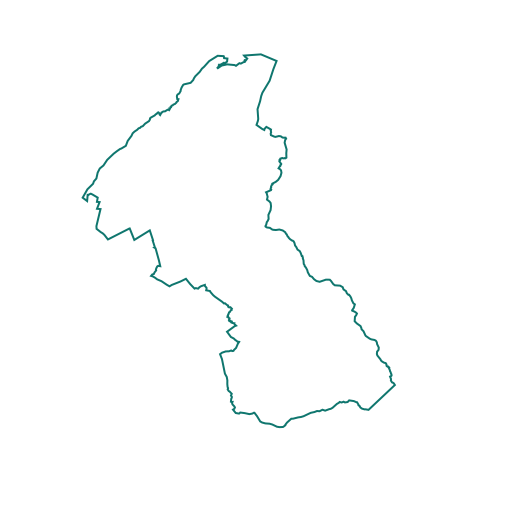 Petricani, Neamt, Romania (Natural Earth projection), rotated 328°
{"feature_id": "2599482B98903803240135", "entity_name": "Petricani", "entity_type": "district", "adm_level": 2, "iso_a3": "ROU", "parent_name": "Romania", "parent_adm1": "Neamt", "projection": "natural_earth1", "projection_center": [26.456, 47.138], "detail": "fine", "context": "isolated", "style": "outline", "palette": "teal", "viewbox_px": 512, "rotation_deg": 328, "n_neighbors": 0, "source": "geoboundaries", "source_scale": "gbopen_adm2", "svg_char_len": 6064}
<svg xmlns="http://www.w3.org/2000/svg" viewBox="0 0 512 512"><g transform="rotate(328 256 256)"><path d="M376.8,101.5L367.0,87.6L352.1,79.7L352.3,81.3L353.2,83.9L351.3,84.7L350.3,83.9L350.0,84.0L350.1,85.1L349.3,85.5L348.2,85.0L345.1,84.8L344.1,83.7L339.8,84.1L339.1,82.8L333.1,78.2L327.8,76.3L323.2,76.5L323.1,76.0L325.3,75.3L325.6,74.4L326.0,74.2L326.3,74.6L328.0,75.0L331.1,75.1L331.2,75.8L331.4,76.0L334.5,75.8L336.4,73.4L333.8,71.3L334.3,70.3L334.5,69.4L329.6,65.9L319.6,65.9L312.3,68.0L309.4,68.5L305.9,70.0L299.8,71.4L297.6,72.4L296.0,73.5L292.3,74.5L285.9,72.3L284.9,72.3L282.2,73.7L280.1,75.3L279.6,76.1L277.0,77.5L275.1,77.5L274.1,78.0L273.3,79.0L272.4,81.2L273.3,81.9L271.8,83.2L270.3,83.3L269.8,83.7L267.9,84.1L266.1,83.8L265.2,84.1L264.0,83.8L263.0,84.7L262.4,84.4L261.5,85.3L260.8,85.6L260.6,85.3L260.2,86.0L259.6,86.3L259.1,85.3L258.6,85.1L255.4,85.1L254.5,84.5L253.1,84.2L252.1,84.5L251.8,84.3L249.4,85.7L249.2,84.9L249.6,83.5L249.4,82.5L248.6,82.3L247.1,82.8L246.0,82.7L244.6,83.1L240.2,82.9L239.1,83.1L238.3,84.1L236.7,84.9L232.1,85.0L228.8,85.9L227.0,85.5L225.5,85.9L224.1,85.5L222.2,86.0L218.9,86.1L216.4,86.6L214.1,88.1L208.2,90.4L204.0,93.6L198.7,93.5L197.5,93.2L193.6,93.4L189.5,93.8L180.8,95.6L174.6,98.4L169.9,99.0L165.9,101.4L161.7,105.7L158.1,106.8L156.1,108.4L148.4,110.1L139.9,114.7L141.9,119.9L145.6,115.0L146.1,115.5L147.2,115.3L148.9,115.6L149.8,117.0L152.7,122.6L149.8,125.8L151.9,127.4L146.2,131.7L149.0,133.8L136.5,146.1L135.2,148.5L137.0,153.5L138.0,155.5L138.6,157.7L139.2,163.5L163.2,165.6L163.5,165.7L161.3,177.9L179.5,178.0L177.0,188.1L176.6,188.1L174.8,195.2L174.3,195.1L174.9,196.3L171.3,208.4L169.4,213.9L167.8,212.5L166.8,212.5L164.9,213.6L163.9,214.5L163.7,215.3L161.1,216.2L160.0,217.1L158.2,216.7L156.5,217.3L157.7,218.7L158.9,221.0L159.8,223.4L162.5,227.3L165.1,233.1L166.6,235.9L169.2,235.9L178.4,237.6L184.5,238.2L185.3,244.9L186.6,251.1L187.9,251.3L189.6,253.0L191.5,252.5L193.4,252.5L197.3,253.4L196.8,254.3L197.2,256.7L196.7,257.6L195.6,258.7L198.4,261.3L198.3,262.5L198.9,266.4L199.6,268.7L203.0,276.8L203.7,279.3L204.6,279.6L205.6,282.6L206.1,283.2L205.5,284.2L206.0,285.4L206.9,285.6L207.2,286.1L207.6,287.9L207.0,288.1L206.8,288.8L205.9,288.7L204.2,289.6L203.3,289.5L201.8,290.8L201.4,290.8L200.6,291.8L200.1,291.8L199.5,292.5L200.2,293.0L200.2,293.6L200.0,293.9L200.5,294.9L199.0,296.0L198.9,297.1L199.3,297.6L200.1,297.5L200.3,298.2L199.8,299.1L200.2,299.5L200.6,299.4L200.4,300.2L201.8,301.4L201.6,301.5L201.7,302.6L202.2,304.5L200.8,304.2L191.3,304.9L191.8,311.4L193.4,314.1L194.0,316.5L194.5,317.4L195.0,319.2L196.0,319.6L196.2,319.9L194.1,320.8L190.4,323.4L187.6,324.0L186.6,324.5L185.4,324.0L184.9,323.0L182.6,322.5L179.8,320.9L176.0,320.0L173.5,320.2L172.5,325.4L167.3,339.3L167.1,343.1L165.8,346.3L163.8,349.4L162.5,352.0L162.3,353.3L161.3,354.1L161.3,356.1L161.8,357.0L162.4,360.0L160.8,361.1L160.9,362.6L160.4,363.3L159.3,364.0L157.5,366.3L157.9,366.9L158.7,367.3L157.8,368.0L157.4,369.4L157.9,371.8L157.9,373.2L156.6,374.1L155.1,374.1L155.6,378.4L157.8,380.4L158.3,380.7L159.7,380.4L163.1,383.2L166.6,386.6L169.4,387.7L171.2,387.8L171.6,388.1L172.0,392.4L171.9,398.5L172.9,400.4L175.2,402.9L178.6,405.4L180.5,407.5L183.3,411.9L185.4,413.7L188.3,415.3L189.0,415.3L191.2,415.1L191.4,414.7L194.0,413.7L199.7,412.7L201.2,413.6L206.2,415.2L208.9,416.4L211.5,417.1L219.3,418.0L222.9,419.3L225.6,419.8L227.6,421.3L230.9,421.6L232.7,423.8L237.0,424.7L238.3,425.2L240.5,425.3L246.2,424.3L248.5,424.4L249.6,424.1L251.0,425.6L253.1,426.0L253.8,427.3L256.3,428.4L258.5,427.8L262.1,430.9L263.6,433.1L264.2,433.6L264.1,436.6L263.8,437.0L264.4,438.2L264.2,439.6L265.0,441.6L266.8,443.6L267.8,444.2L269.9,446.1L305.4,439.0L305.4,437.1L305.1,436.2L304.4,435.3L304.4,433.1L305.3,431.9L305.8,429.3L307.2,429.4L307.7,429.1L308.2,428.0L308.1,427.5L308.6,425.9L308.6,424.8L309.0,423.8L309.3,421.3L309.8,421.3L309.8,420.9L309.4,419.6L308.9,419.5L308.5,418.6L309.0,417.5L308.9,417.4L309.3,416.4L309.2,415.5L308.1,414.4L307.0,412.3L306.6,410.8L306.8,409.8L306.2,404.7L306.6,403.1L308.1,401.2L309.7,400.8L310.4,400.3L311.6,398.7L312.0,394.9L312.7,393.3L312.8,391.8L312.6,391.0L311.9,389.9L309.6,387.8L308.6,386.3L306.8,382.1L306.7,381.3L307.3,376.8L306.7,374.1L307.2,372.8L307.5,370.8L305.8,366.7L305.1,363.6L307.7,360.0L309.6,359.3L311.1,358.3L310.9,357.2L310.1,355.4L308.6,353.3L308.7,353.0L311.4,351.8L314.2,349.4L313.5,347.7L313.6,347.0L313.8,344.4L314.4,342.4L314.6,340.4L314.4,338.2L313.8,337.9L313.3,335.7L313.7,333.5L312.5,330.7L313.0,328.4L311.6,325.7L307.3,322.6L306.6,320.6L306.4,316.9L306.0,315.2L302.7,313.1L296.3,311.6L294.0,309.2L292.9,306.4L292.5,303.4L291.1,301.4L291.3,297.3L292.0,295.0L292.2,292.0L291.9,290.6L292.3,289.7L292.3,288.0L294.0,284.8L294.4,282.9L294.7,282.6L295.3,280.7L294.8,280.3L295.5,277.2L295.7,275.1L294.6,272.5L294.9,269.8L294.7,267.8L295.5,265.4L295.7,263.6L295.2,262.4L294.8,262.1L293.8,259.8L293.4,257.9L293.5,257.0L293.2,256.2L293.5,253.8L293.2,252.9L293.4,251.4L292.2,248.5L289.8,245.9L286.6,244.5L284.5,242.9L283.8,242.2L282.7,239.5L280.4,237.6L279.7,236.2L279.8,235.7L281.2,234.9L283.1,233.0L284.4,232.5L286.3,231.3L288.3,227.7L292.7,224.8L295.1,221.8L296.5,218.8L296.3,216.9L295.2,214.0L297.2,212.0L298.3,208.5L298.3,207.3L303.6,208.1L304.1,207.7L303.8,207.0L304.3,206.4L305.3,205.8L305.4,205.3L306.8,204.2L308.0,204.1L308.2,203.3L312.0,203.6L315.1,203.2L319.1,201.3L321.7,198.9L322.6,196.7L322.4,195.2L321.6,193.6L323.4,192.7L324.1,192.7L324.6,191.9L325.7,191.8L326.2,191.3L325.9,188.2L326.7,187.2L327.7,188.1L327.3,187.0L328.2,186.3L330.2,186.8L330.7,187.5L331.8,188.2L332.3,188.2L332.8,188.8L333.9,188.7L336.2,184.8L338.4,181.9L340.3,175.1L341.8,173.5L342.8,172.7L343.7,172.5L343.8,171.3L342.1,170.3L341.2,169.5L340.5,167.7L339.0,166.4L335.6,165.3L334.7,164.4L332.7,161.4L333.3,160.0L334.4,159.1L334.8,157.9L335.6,156.9L335.2,156.7L335.3,155.8L333.2,152.0L330.6,152.7L329.8,153.5L328.6,151.6L325.9,145.1L329.1,142.5L330.5,141.0L335.1,132.3L341.5,126.9L345.2,123.1L348.0,120.9L360.4,114.6L369.7,106.8L376.8,101.5Z" fill="none" stroke="#0f766e" stroke-width="2"/></g></svg>